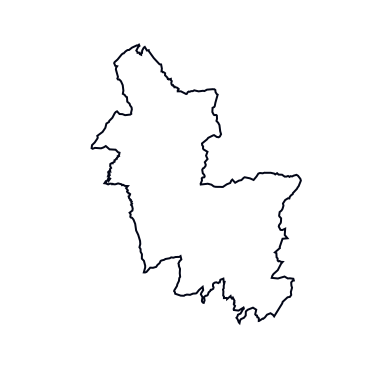 the district of Tausa, Cundinamarca, Colombia, rotated 41°
{"feature_id": "7082276B61281192439607", "entity_name": "Tausa", "entity_type": "district", "adm_level": 2, "iso_a3": "COL", "parent_name": "Colombia", "parent_adm1": "Cundinamarca", "projection": "natural_earth1", "projection_center": [-73.979, 5.193], "detail": "fine", "context": "isolated", "style": "outline", "palette": "ink", "viewbox_px": 384, "rotation_deg": 41, "n_neighbors": 0, "source": "geoboundaries", "source_scale": "gbopen_adm2", "svg_char_len": 6075}
<svg xmlns="http://www.w3.org/2000/svg" viewBox="0 0 384 384"><g transform="rotate(41 192 192)"><path d="M327.0,245.5L327.3,245.1L327.0,244.5L327.6,244.0L328.4,241.2L328.9,241.0L329.3,238.8L329.1,235.4L330.8,232.0L333.7,231.6L335.6,232.0L333.2,217.0L332.5,215.4L333.2,208.8L334.7,206.9L334.4,204.6L332.2,202.6L330.3,198.6L328.5,197.5L326.3,195.3L326.1,194.5L326.3,192.7L326.9,192.0L325.4,191.0L322.5,192.9L321.0,194.4L317.3,195.1L313.6,200.9L308.5,204.5L307.6,202.6L307.3,200.5L308.0,194.7L306.3,187.7L306.3,185.3L305.0,186.3L303.3,186.7L302.7,187.6L301.6,187.5L300.2,186.0L298.7,185.8L295.8,182.8L294.2,183.2L295.1,176.6L294.3,176.0L291.0,167.9L294.4,164.3L290.2,163.6L286.4,158.6L285.1,161.5L283.6,162.5L280.2,161.2L279.5,160.0L279.2,157.0L278.3,155.6L276.5,153.4L273.9,153.1L273.2,152.6L271.3,149.6L271.7,147.3L271.4,145.4L270.0,142.3L268.2,141.0L267.6,136.9L268.6,133.7L269.7,133.0L269.0,131.5L268.9,129.7L269.4,127.5L268.9,126.7L269.1,120.5L268.7,119.3L268.7,117.8L266.7,112.0L265.2,111.0L261.4,110.2L259.6,110.5L257.9,113.1L257.4,114.5L255.9,115.5L255.7,116.6L254.0,116.9L253.1,118.5L251.8,119.6L248.6,119.9L245.9,122.1L243.9,122.0L243.3,124.1L241.9,124.2L238.9,125.8L234.0,130.0L233.1,131.5L230.8,133.1L230.0,134.6L230.5,137.8L230.6,142.5L226.7,143.7L222.1,146.3L221.7,147.4L221.5,150.6L219.9,152.7L218.5,156.7L214.3,156.2L214.2,157.7L214.9,160.1L213.2,163.4L212.0,167.9L206.3,172.7L204.7,173.5L201.9,173.7L198.5,175.4L193.7,180.6L193.1,180.1L192.0,176.8L190.4,175.3L190.4,174.3L191.6,172.8L191.2,171.7L189.8,171.0L187.9,170.8L185.2,168.6L184.8,167.1L185.3,165.7L185.1,163.4L184.5,162.4L182.1,161.1L182.1,156.9L178.8,155.4L177.3,151.5L172.7,152.3L171.6,151.8L170.5,150.3L169.0,150.0L167.7,148.8L168.8,142.5L168.7,140.5L170.9,135.2L171.4,134.6L174.6,134.2L176.2,133.2L176.6,131.8L176.0,129.3L173.5,127.7L168.8,123.5L166.4,122.6L163.8,122.3L162.9,120.4L160.6,118.0L159.7,118.0L158.4,119.3L157.7,119.4L154.9,118.3L152.3,115.0L153.0,113.2L152.8,112.2L151.1,109.3L147.5,101.7L146.6,101.9L144.3,101.2L142.6,99.7L141.5,99.8L140.0,101.0L136.2,104.9L135.1,107.7L133.9,108.4L131.0,111.7L127.0,113.8L126.4,115.4L125.2,116.4L124.5,117.9L123.6,118.4L123.3,119.6L123.7,121.2L123.3,121.9L117.6,123.3L115.2,125.4L114.5,124.6L114.4,123.0L112.6,123.0L110.6,123.8L110.1,124.4L109.5,123.9L108.9,124.3L107.5,123.8L107.2,124.4L106.2,124.3L104.8,123.3L104.0,121.6L102.7,121.4L101.8,120.5L100.8,122.2L100.1,122.0L99.6,122.6L98.2,121.8L95.1,121.6L93.8,120.0L91.9,120.2L91.3,120.8L90.2,120.5L89.8,120.9L88.3,118.6L85.0,116.0L83.7,116.9L80.8,116.6L75.3,116.0L66.9,114.0L66.3,113.4L65.2,114.8L61.2,113.5L60.9,114.7L61.6,117.9L63.1,120.0L63.0,121.3L63.5,121.8L62.2,122.2L61.1,121.2L59.6,122.7L59.0,122.1L57.2,121.8L56.2,117.8L56.5,116.2L55.3,115.6L55.0,116.9L54.2,117.5L52.0,122.4L51.3,126.1L50.2,127.2L49.6,129.5L49.5,132.2L49.0,132.8L48.7,134.3L48.9,140.9L48.4,144.7L48.7,145.8L51.3,147.1L53.0,146.2L53.2,148.0L54.1,149.4L60.6,153.7L61.3,155.4L62.5,155.6L63.3,154.8L65.7,155.0L69.6,156.8L73.7,160.5L75.4,163.3L77.3,162.9L79.6,163.4L80.7,163.1L83.9,166.3L86.9,166.3L88.6,167.3L90.9,167.8L92.4,169.1L93.9,172.0L94.9,172.9L94.6,174.1L91.1,177.9L88.4,178.9L86.1,180.7L82.5,180.3L82.0,181.6L82.0,183.3L83.2,188.2L82.9,192.6L83.4,193.6L82.5,196.5L84.5,200.4L85.1,205.3L83.7,211.8L85.0,212.6L85.5,213.5L86.1,218.5L85.8,222.2L87.5,224.8L88.7,224.5L89.8,222.4L94.7,218.7L96.0,216.4L96.8,213.9L101.8,213.9L106.6,210.2L110.1,210.5L111.5,209.9L112.8,212.1L112.6,212.9L113.1,213.0L112.6,213.7L113.1,214.0L112.9,215.5L113.5,216.2L113.0,216.9L113.1,217.9L112.7,219.0L113.7,219.9L113.0,221.9L113.3,222.4L112.4,223.0L112.0,224.5L113.3,226.2L115.2,226.9L115.1,228.6L116.7,230.0L115.8,230.2L115.7,231.9L117.0,232.0L116.7,232.7L117.5,233.3L117.9,234.3L118.4,233.0L118.9,233.2L118.9,234.3L119.9,236.7L120.8,235.7L121.5,235.6L121.7,237.7L121.2,237.2L120.7,237.5L120.4,239.0L120.7,240.5L119.9,240.6L120.2,242.8L121.4,242.0L123.7,241.3L124.6,239.5L126.0,238.5L126.6,238.6L126.9,237.8L128.1,237.4L129.2,236.3L130.6,234.0L133.8,232.4L134.7,232.8L135.5,231.7L137.4,231.4L139.7,229.6L139.7,232.3L142.4,232.8L142.6,234.2L143.3,234.5L144.1,234.3L145.0,234.7L145.5,234.2L146.7,234.2L147.3,235.8L147.0,236.9L148.8,238.0L151.0,238.1L151.1,238.8L152.8,238.7L153.3,240.0L154.5,240.2L154.5,241.7L156.0,241.9L158.2,243.5L159.2,245.1L158.5,248.6L160.4,249.1L161.7,251.2L162.5,251.4L163.7,250.8L165.9,251.2L170.0,253.3L175.1,257.7L179.5,259.6L184.9,263.0L187.1,265.2L188.6,268.2L190.6,268.8L192.4,270.8L195.0,271.8L197.9,275.2L200.9,275.5L205.0,278.3L206.2,279.7L208.4,284.3L209.4,283.5L210.1,282.2L210.1,276.5L212.3,274.8L214.1,272.0L213.8,269.6L214.2,267.1L213.6,264.7L213.8,263.9L215.5,261.4L215.9,260.0L218.6,256.7L219.2,255.0L221.0,253.8L222.3,251.8L225.0,249.3L225.4,247.9L228.2,249.9L228.0,252.3L228.7,254.9L230.1,255.7L230.5,256.4L233.4,257.9L236.1,261.4L238.7,263.8L238.9,265.3L240.5,267.7L241.5,271.4L242.3,272.7L243.2,277.9L243.6,278.6L244.8,278.8L246.1,279.8L251.5,277.6L254.0,275.6L254.3,274.5L255.5,272.7L258.0,270.9L259.4,268.1L261.5,266.0L261.8,265.3L261.6,261.4L262.3,256.6L264.8,258.7L265.3,262.2L265.8,263.4L269.0,264.5L270.8,267.6L271.5,268.1L273.0,268.3L273.6,268.0L272.6,265.5L270.0,263.4L270.3,261.5L271.2,260.5L271.4,259.2L270.4,256.8L270.7,254.9L270.3,253.6L270.8,253.3L271.5,251.1L270.8,249.7L269.6,249.3L268.5,248.0L268.2,247.1L268.6,245.5L269.6,244.2L271.6,243.5L271.6,242.6L272.2,242.0L271.0,239.6L272.5,236.8L275.3,239.3L275.7,238.7L277.4,241.9L279.1,243.8L279.4,245.3L280.9,246.4L283.5,249.7L284.7,249.9L285.7,251.1L287.7,249.2L288.2,249.1L288.7,249.7L289.4,245.2L290.6,246.0L292.1,246.2L292.1,244.9L295.6,246.3L296.0,247.6L296.8,247.8L296.9,248.9L297.3,249.4L299.2,249.7L300.2,253.0L301.0,253.6L304.9,251.0L306.6,245.8L306.7,245.4L307.3,245.7L307.7,246.1L307.5,247.3L308.4,251.9L307.2,254.5L308.0,256.3L308.1,257.8L309.9,258.1L312.9,259.7L313.9,259.8L312.5,257.3L312.4,255.7L313.7,252.9L313.6,250.0L311.2,247.1L311.0,246.3L311.4,244.1L313.9,239.3L317.7,238.7L319.9,242.8L321.0,243.1L322.1,242.6L323.5,243.7L324.2,243.3L325.3,243.5L327.0,245.5Z" fill="none" stroke="#020617" stroke-width="2"/></g></svg>